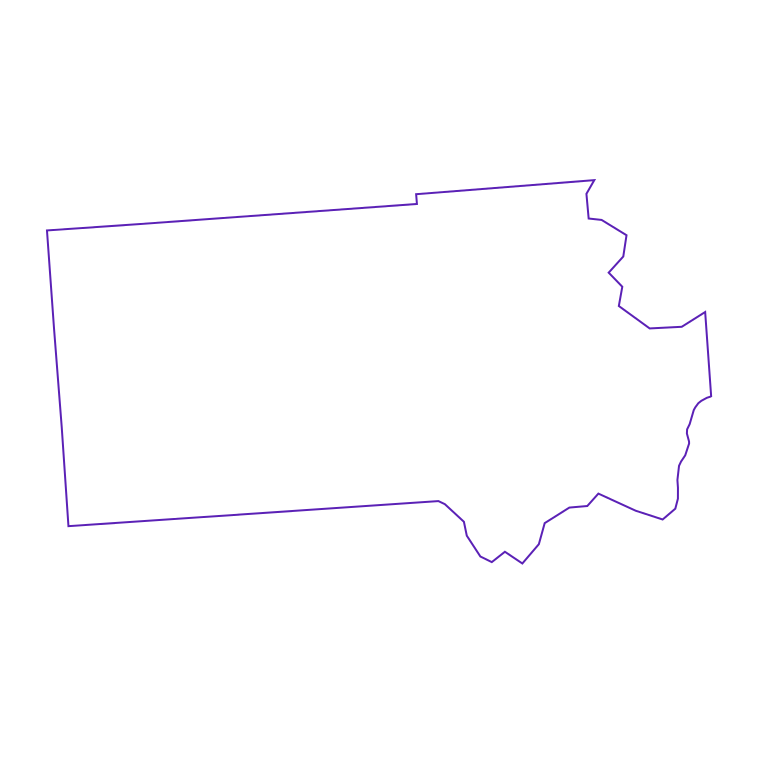 Trempealeau, Wisconsin, United States of America, rotated 266°
{"feature_id": "52423323B76449700751591", "entity_name": "Trempealeau", "entity_type": "district", "adm_level": 2, "iso_a3": "USA", "parent_name": "United States of America", "parent_adm1": "Wisconsin", "projection": "equal_earth", "projection_center": [-91.426, 44.291], "detail": "fine", "context": "isolated", "style": "outline", "palette": "violet", "viewbox_px": 768, "rotation_deg": 266, "n_neighbors": 0, "source": "geoboundaries", "source_scale": "gbopen_adm2", "svg_char_len": 809}
<svg xmlns="http://www.w3.org/2000/svg" viewBox="0 0 768 768"><g transform="rotate(266 384 384)"><path d="M264.2,59.3L263.4,430.1L259.9,436.3L241.0,454.1L226.9,456.0L205.2,468.1L198.8,479.1L208.2,492.9L195.3,509.5L213.4,527.3L234.0,534.6L247.8,560.3L248.1,578.3L259.7,590.2L240.0,626.3L229.4,652.5L239.3,665.9L249.1,669.2L260.0,670.0L267.7,670.0L281.8,672.6L285.9,674.9L291.8,679.5L303.3,684.2L305.3,684.3L313.5,682.7L317.6,683.2L322.6,686.1L336.4,691.2L339.0,692.9L342.9,696.2L345.1,699.4L347.7,705.1L348.6,708.7L349.0,709.5L433.4,709.4L420.3,685.0L420.9,652.9L445.4,623.7L464.4,628.5L479.4,615.9L494.5,631.6L515.5,636.3L532.5,612.5L534.8,599.7L559.6,599.2L572.7,608.0L571.1,429.3L561.3,429.4L560.6,150.8L560.7,58.5L462.1,58.7L363.3,59.5L264.2,59.3Z" fill="none" stroke="#5b21b6" stroke-width="2"/></g></svg>